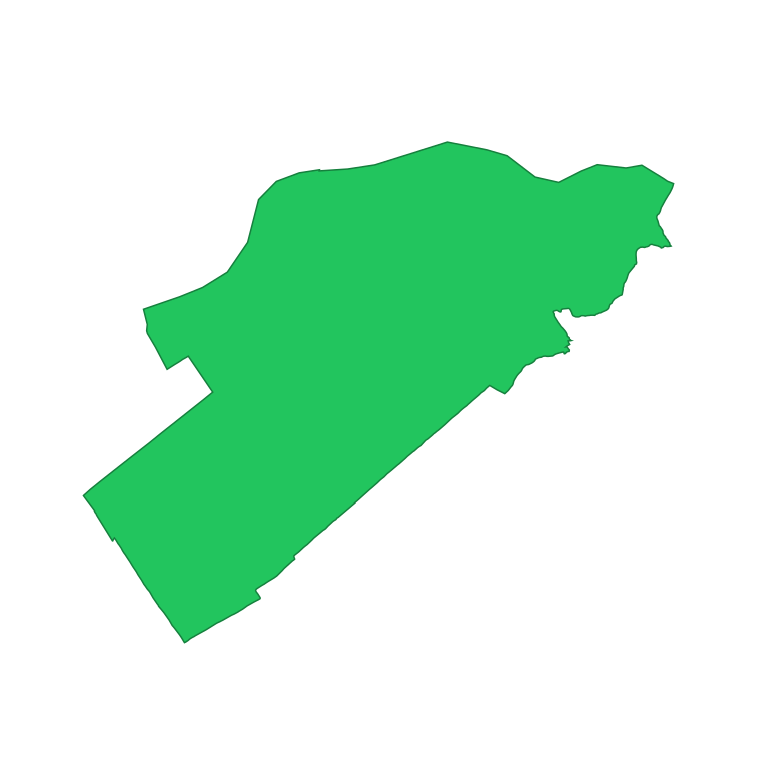 Banesti, Prahova, Romania, rotated 83°
{"feature_id": "2599482B67789430920031", "entity_name": "Banesti", "entity_type": "district", "adm_level": 2, "iso_a3": "ROU", "parent_name": "Romania", "parent_adm1": "Prahova", "projection": "albers", "projection_center": [25.79, 45.09], "detail": "fine", "context": "isolated", "style": "filled", "palette": "green", "viewbox_px": 768, "rotation_deg": 83, "n_neighbors": 0, "source": "geoboundaries", "source_scale": "gbopen_adm2", "svg_char_len": 6081}
<svg xmlns="http://www.w3.org/2000/svg" viewBox="0 0 768 768"><g transform="rotate(83 384 384)"><path d="M458.1,695.9L474.5,686.7L474.9,687.0L476.7,686.4L478.0,685.6L478.8,685.4L479.9,685.0L506.6,672.7L506.7,672.4L505.1,671.4L504.0,670.4L506.0,669.2L510.1,667.4L511.8,666.4L515.0,664.8L517.5,663.9L518.8,663.3L520.1,662.7L521.6,661.8L527.9,658.7L528.8,658.2L534.8,655.5L537.9,653.9L540.3,652.7L543.5,651.4L549.1,648.6L553.6,646.7L555.7,645.5L558.8,643.9L561.6,642.0L568.3,639.2L575.0,635.7L575.7,635.2L576.9,634.9L577.8,634.4L581.0,632.3L584.0,630.4L592.2,626.0L598.0,623.6L598.8,623.0L601.0,621.6L605.8,618.8L608.4,617.3L611.4,615.8L616.4,613.6L616.0,612.3L615.3,610.9L614.8,609.9L613.4,607.8L612.4,605.7L611.4,603.0L610.9,602.1L606.2,590.4L601.2,579.7L600.6,578.1L600.0,576.1L599.3,574.3L598.8,572.8L598.3,571.7L597.4,569.5L595.2,564.2L594.8,563.1L594.1,560.8L592.5,556.7L592.0,555.8L590.3,551.9L589.5,550.4L588.1,547.9L587.5,546.8L584.6,539.8L582.5,534.2L582.2,533.6L582.1,533.3L581.7,533.1L581.3,533.0L580.6,533.2L577.2,534.8L574.6,536.3L574.1,536.5L573.2,536.6L572.6,536.3L572.1,535.8L571.7,535.2L570.2,532.2L568.8,529.2L568.1,527.4L567.4,526.1L566.2,523.7L563.0,516.6L562.1,515.0L561.6,514.0L556.9,507.9L555.0,505.8L548.3,496.3L547.8,495.2L546.9,494.0L545.0,494.5L544.0,494.5L543.6,494.4L543.0,493.7L540.3,489.2L536.5,484.0L535.1,481.8L534.0,479.9L530.0,474.5L528.5,472.7L526.7,469.9L521.7,462.1L521.6,461.7L521.1,460.6L520.5,459.6L518.4,457.2L514.4,451.7L513.7,450.5L513.3,449.5L512.7,448.3L511.8,447.5L511.3,447.0L510.9,445.9L498.7,427.4L498.2,427.8L496.5,425.2L494.5,422.3L487.0,411.6L485.2,408.8L480.9,402.5L478.7,399.6L477.8,398.2L476.1,395.4L473.6,392.3L470.4,387.2L466.2,380.9L464.9,378.7L460.2,371.9L458.5,369.7L456.3,366.2L454.7,363.8L454.0,362.3L452.4,360.0L451.3,358.5L450.3,356.7L449.5,354.7L445.2,349.7L444.7,349.0L443.8,347.0L440.2,341.6L439.5,340.8L438.5,338.9L437.4,337.3L436.4,335.5L435.5,334.1L434.7,332.9L431.8,328.6L427.6,322.9L426.1,320.8L421.8,313.8L420.1,311.7L418.8,309.9L417.4,307.7L415.6,304.5L414.2,302.7L413.3,301.3L411.3,298.5L406.4,291.1L404.6,288.8L402.7,285.1L400.6,282.7L398.3,279.2L403.5,272.5L408.3,265.3L407.9,264.7L405.6,261.5L402.2,258.1L401.2,256.9L400.3,256.2L399.2,255.7L397.4,255.0L396.4,254.5L394.8,253.3L391.8,250.9L390.6,249.6L389.5,248.3L389.0,247.6L388.2,246.6L387.3,245.8L385.8,244.9L384.9,244.1L383.9,242.8L382.7,241.1L382.3,240.2L382.3,238.5L382.2,237.8L381.0,234.4L380.5,233.5L379.9,232.5L379.3,231.8L378.8,231.3L378.0,230.9L377.6,230.1L376.7,227.2L376.6,226.4L376.6,224.6L376.5,224.2L376.0,222.9L375.9,222.2L375.9,221.5L376.0,220.0L376.3,219.4L376.5,218.3L376.6,217.7L376.7,213.3L376.6,213.0L376.4,212.4L375.6,211.1L375.1,209.6L374.6,206.8L374.1,202.7L374.2,202.0L374.3,201.8L374.5,201.7L375.7,201.5L375.9,201.4L375.9,201.2L376.0,201.1L376.0,200.8L375.9,200.4L374.9,199.1L374.4,198.3L374.2,197.5L374.2,196.3L372.9,195.9L372.4,196.1L371.7,196.7L370.0,197.5L369.5,197.9L369.4,198.1L369.3,198.4L369.3,198.8L368.4,197.4L367.4,194.9L365.5,195.7L363.9,196.0L363.6,196.0L363.8,194.1L363.7,192.9L363.5,193.3L363.0,193.6L362.3,194.3L361.9,194.5L361.5,194.6L360.7,194.6L359.3,195.9L359.2,196.1L358.7,196.3L357.0,196.3L356.0,196.5L354.4,197.2L353.1,197.9L350.1,199.9L348.7,201.1L346.7,202.1L343.8,203.7L338.0,206.4L336.3,206.7L335.3,206.5L333.3,207.3L332.8,207.3L332.5,207.0L332.3,206.5L332.0,205.1L331.9,204.0L331.9,203.6L332.2,202.8L332.6,202.3L333.3,201.5L333.9,200.5L334.0,199.8L333.8,199.5L331.9,198.9L331.6,198.6L331.5,198.2L331.3,197.3L331.3,196.4L331.4,194.1L331.4,192.4L331.4,191.8L331.7,191.1L332.5,190.4L335.8,189.2L336.4,189.1L338.0,188.7L338.9,188.3L339.4,187.9L339.8,187.2L340.2,186.5L340.7,185.6L340.9,184.4L341.1,183.0L341.0,181.8L340.3,180.0L340.2,179.4L340.3,178.8L340.7,176.8L341.1,176.2L341.1,175.7L340.9,174.4L340.9,173.6L341.0,171.4L340.9,170.8L341.1,168.8L341.4,167.1L341.5,166.5L341.1,165.8L340.8,165.4L340.5,164.9L340.4,164.5L340.4,163.6L339.9,162.5L339.8,162.0L339.7,161.3L339.8,160.3L339.7,159.9L339.1,158.4L338.0,154.7L337.7,153.9L336.9,152.6L336.4,152.0L335.6,151.5L334.1,150.9L332.9,150.3L332.4,149.8L332.1,149.1L331.9,148.4L331.7,148.0L331.2,147.5L330.2,147.0L329.5,146.4L327.7,144.5L325.9,140.8L325.5,140.0L325.1,139.1L324.6,137.0L324.5,136.8L323.8,136.5L319.4,135.1L318.3,135.0L317.4,134.7L316.2,134.1L314.6,133.8L313.2,133.2L311.9,131.8L309.7,130.4L308.2,129.6L306.9,129.1L304.4,127.9L303.8,127.5L303.3,127.1L297.9,121.4L297.7,121.2L296.4,120.7L295.9,119.7L295.6,118.8L295.2,118.7L294.4,118.4L293.8,118.4L292.3,118.5L290.5,118.3L286.5,118.1L284.2,117.7L283.3,117.4L282.3,116.8L281.8,116.4L281.2,115.8L280.6,114.9L279.6,112.9L279.6,111.4L279.6,110.8L279.8,110.1L280.2,108.8L280.2,108.5L280.1,108.0L279.9,107.5L279.8,105.9L279.6,105.0L279.3,104.2L279.0,103.7L278.3,103.1L278.1,102.7L278.0,101.5L278.0,101.0L278.2,100.5L278.7,99.7L280.4,95.1L281.3,93.7L281.7,92.9L282.3,92.4L282.8,92.2L282.6,90.8L282.5,90.3L281.7,89.3L281.5,88.6L281.5,88.0L281.6,87.4L282.1,86.2L282.1,85.8L282.2,84.6L282.2,83.4L282.1,82.2L281.6,82.5L281.0,83.0L280.5,83.2L279.6,83.2L278.6,83.4L277.9,83.8L277.2,84.4L276.7,84.5L276.2,84.5L275.7,84.8L275.2,85.2L274.5,85.6L273.9,86.1L273.1,86.4L272.4,86.5L271.6,87.0L270.6,87.8L270.1,88.1L269.1,88.3L268.8,88.5L267.6,88.6L266.2,88.5L264.9,88.9L263.0,89.9L262.1,90.3L261.1,90.9L260.6,91.5L255.7,92.2L252.6,93.0L250.9,92.8L250.0,92.3L249.0,91.3L248.8,90.6L247.5,89.5L245.8,88.5L244.2,87.9L242.3,87.0L241.9,86.6L235.7,82.2L231.1,78.6L229.6,77.3L228.4,76.4L226.0,74.8L224.1,73.7L223.3,73.3L220.4,72.1L217.3,77.8L214.2,81.3L198.3,101.3L199.1,117.4L192.3,145.7L196.7,162.4L205.2,186.0L197.0,208.9L172.5,233.9L164.2,253.1L151.6,291.6L165.4,366.6L166.2,393.9L164.6,422.4L163.5,422.0L164.1,442.5L169.8,466.2L185.6,486.0L226.8,502.1L253.9,525.9L266.1,552.3L272.5,576.1L280.5,613.6L296.0,611.7L302.2,613.1L305.0,612.7L319.5,606.4L343.0,597.5L338.9,588.9L337.9,586.6L336.6,583.8L335.0,580.8L333.6,577.3L332.5,574.9L371.2,555.0L379.0,567.5L406.8,613.1L413.9,624.4L426.5,645.4L445.9,677.4L452.7,688.3L457.7,695.5L457.8,695.5L458.1,695.9Z" fill="#22c55e" stroke="#15803d" stroke-width="1.5"/></g></svg>